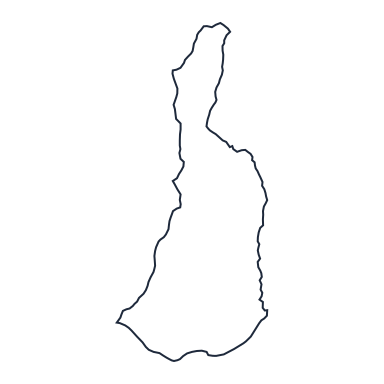 Narandiba, São Paulo, Brazil
{"feature_id": "56859067B67973256184477", "entity_name": "Narandiba", "entity_type": "district", "adm_level": 2, "iso_a3": "BRA", "parent_name": "Brazil", "parent_adm1": "São Paulo", "projection": "natural_earth1", "projection_center": [-51.523, -22.525], "detail": "fine", "context": "isolated", "style": "outline", "palette": "slate", "viewbox_px": 384, "rotation_deg": 0, "n_neighbors": 0, "source": "geoboundaries", "source_scale": "gbopen_adm2", "svg_char_len": 2541}
<svg xmlns="http://www.w3.org/2000/svg" viewBox="0 0 384 384"><path d="M230.1,31.8L227.9,28.6L223.5,25.0L220.3,23.0L215.8,24.8L211.9,27.2L206.9,26.1L203.7,26.3L200.6,30.5L198.8,32.2L197.2,34.8L196.5,38.8L193.9,43.6L193.3,47.4L192.6,51.0L191.1,53.5L188.0,56.6L185.0,59.9L184.0,62.9L180.5,67.8L176.5,69.7L172.8,70.4L172.5,73.7L173.8,78.6L175.5,83.3L177.4,88.5L177.3,93.4L176.3,97.1L173.6,104.8L174.9,109.1L176.1,118.9L180.6,123.5L180.6,129.5L180.0,134.3L179.8,140.4L179.8,145.6L180.4,149.1L179.4,153.0L180.5,158.8L183.8,161.9L183.4,166.5L181.3,170.5L179.0,174.0L177.0,178.2L172.8,181.0L174.7,184.3L177.5,189.5L180.6,194.4L179.8,199.9L180.7,204.2L180.2,207.4L176.7,208.6L173.0,211.1L171.9,214.2L170.7,217.4L169.5,221.1L169.0,224.6L168.5,229.2L165.9,234.5L163.8,237.2L160.4,239.6L158.6,241.5L156.1,247.2L155.1,251.0L154.4,256.0L154.7,259.7L155.1,265.7L154.3,269.1L153.5,272.0L150.6,277.3L148.5,282.0L147.6,285.8L145.9,290.1L143.5,293.8L139.0,297.9L137.1,301.6L134.5,303.9L132.8,306.0L129.6,308.5L126.4,309.3L122.9,310.9L121.4,314.6L120.4,317.6L116.8,322.6L119.8,323.1L125.2,325.4L128.7,327.8L131.5,330.5L137.2,336.8L142.6,342.4L145.8,346.9L148.8,349.8L153.6,351.9L156.1,352.4L159.5,353.1L163.1,355.5L166.5,357.6L169.2,359.1L171.7,360.4L174.0,361.0L177.5,360.2L180.0,359.1L183.1,356.1L187.1,353.4L192.0,351.9L196.8,351.0L201.8,350.7L206.6,351.9L208.3,355.1L212.8,355.8L216.1,355.9L223.8,354.4L234.1,349.0L243.4,343.3L245.9,341.4L250.8,336.6L259.2,323.2L261.4,320.3L264.2,318.5L266.9,315.7L267.2,310.2L264.8,310.5L262.7,307.8L262.9,302.0L259.5,299.6L261.6,296.3L262.3,292.8L260.6,289.6L261.5,284.3L259.7,280.3L261.8,276.9L261.3,273.2L260.2,270.5L258.3,267.2L257.7,261.9L260.1,258.6L258.7,254.7L257.8,250.4L258.4,247.6L259.3,244.2L257.7,241.3L257.9,237.1L258.7,232.4L260.2,227.9L263.1,225.3L262.9,219.4L263.2,214.8L263.0,211.1L263.9,206.5L265.8,203.1L267.2,200.1L266.1,196.4L265.5,193.1L264.3,189.2L262.1,185.8L262.5,182.0L260.3,177.1L259.0,174.5L257.5,171.1L255.7,168.4L255.0,165.6L254.6,162.3L252.1,160.2L252.5,157.0L250.6,153.9L247.8,151.9L245.3,149.9L241.7,150.2L237.1,151.8L233.3,149.1L232.3,146.1L229.8,147.1L226.2,141.9L222.7,140.4L219.6,137.6L215.7,134.1L212.7,132.3L209.9,130.4L208.2,128.6L206.5,126.4L207.0,122.8L207.7,119.3L209.2,114.7L210.1,110.8L211.7,107.9L213.8,104.6L215.4,102.5L216.5,99.9L215.6,96.5L215.2,91.9L216.5,87.5L218.9,83.2L219.9,79.3L221.9,74.7L222.8,70.4L222.1,66.8L222.7,63.4L223.1,59.6L223.3,54.7L222.6,50.7L222.5,46.0L224.2,43.3L224.2,40.3L226.6,35.2L230.1,31.8Z" fill="none" stroke="#1e293b" stroke-width="2"/></svg>